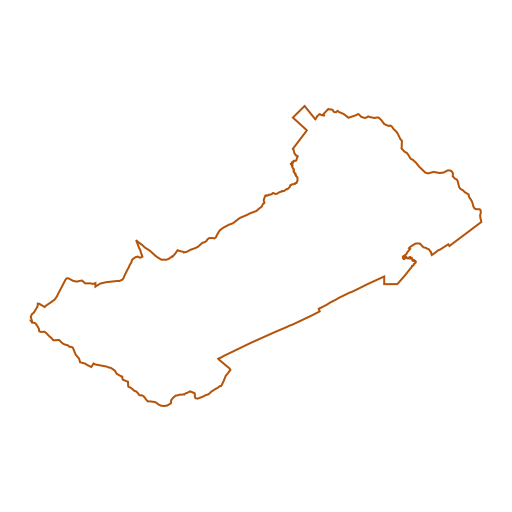 Boroaia, Suceava, Romania (Albers equal-area conic projection)
{"feature_id": "2599482B11697107699974", "entity_name": "Boroaia", "entity_type": "district", "adm_level": 2, "iso_a3": "ROU", "parent_name": "Romania", "parent_adm1": "Suceava", "projection": "albers", "projection_center": [26.298, 47.329], "detail": "fine", "context": "isolated", "style": "outline", "palette": "amber", "viewbox_px": 512, "rotation_deg": 0, "n_neighbors": 0, "source": "geoboundaries", "source_scale": "gbopen_adm2", "svg_char_len": 6054}
<svg xmlns="http://www.w3.org/2000/svg" viewBox="0 0 512 512"><path d="M397.9,283.5L404.7,275.7L411.0,267.8L412.0,266.5L412.1,265.8L413.4,265.5L414.1,263.8L414.8,263.5L415.2,262.6L415.7,262.5L415.8,261.5L414.3,260.1L414.1,260.1L413.8,260.9L413.5,261.0L412.4,260.6L412.5,259.3L412.0,258.7L411.8,257.9L411.4,257.9L411.0,258.5L410.5,258.5L410.5,257.6L410.2,257.0L409.6,257.1L409.3,257.3L409.4,258.1L409.1,258.5L408.3,258.2L407.5,258.4L406.2,256.9L405.7,256.8L405.8,257.9L405.5,258.0L405.0,257.9L404.7,258.7L404.1,259.1L403.7,259.1L402.9,257.8L402.9,256.6L406.2,254.3L407.5,252.0L410.1,248.9L409.0,248.1L410.5,246.7L415.4,243.6L417.9,243.4L420.1,243.7L422.3,246.2L423.7,247.4L426.0,247.9L426.7,248.5L429.0,249.4L430.0,251.0L431.1,252.2L431.2,253.4L431.8,255.0L434.9,252.9L438.0,250.4L440.2,249.5L448.3,244.3L449.4,246.0L481.3,222.0L481.1,220.4L480.5,218.5L480.1,215.5L480.8,212.6L480.6,210.2L479.7,209.3L475.6,209.1L474.2,208.0L473.3,206.3L472.6,203.3L471.6,200.8L469.0,196.8L468.6,194.4L464.8,192.2L462.7,190.1L460.6,189.1L459.2,187.2L457.5,180.6L456.9,179.6L454.7,178.5L453.7,177.2L452.7,176.3L453.0,173.9L452.8,173.1L451.6,171.2L449.7,170.4L447.7,170.4L443.5,172.6L439.4,173.0L433.5,171.9L428.3,173.4L425.4,172.7L419.1,166.6L415.9,162.6L412.8,159.8L410.5,158.6L408.7,155.5L407.0,153.1L404.3,151.5L401.5,148.4L401.7,147.2L401.9,140.8L400.3,139.0L397.6,133.4L396.0,131.3L393.6,129.1L391.8,126.5L390.2,125.5L388.7,126.0L384.3,124.1L381.4,120.2L378.7,117.6L376.8,117.5L374.8,118.0L370.4,117.2L368.2,116.4L366.7,117.4L364.8,118.0L361.3,116.9L359.0,114.5L358.4,114.2L357.7,114.2L356.1,115.2L348.4,117.8L347.4,116.7L346.2,116.0L343.7,114.0L338.9,112.0L338.0,111.1L337.5,110.9L336.1,112.2L334.3,112.1L333.8,111.8L333.3,111.2L333.0,110.3L332.2,109.7L330.7,109.4L329.4,109.5L328.3,109.0L323.2,114.4L324.1,115.4L323.9,115.6L321.5,115.1L319.7,114.1L317.1,116.3L315.7,118.9L315.3,119.3L304.6,106.0L292.9,117.6L306.2,129.7L306.8,130.5L292.8,148.9L293.6,149.8L293.8,151.1L294.5,153.4L295.8,155.0L295.8,155.4L297.7,156.1L297.6,156.8L296.9,158.0L296.3,160.4L295.5,160.9L293.6,160.8L293.3,161.8L292.8,162.0L293.0,162.4L293.0,162.8L292.6,163.1L292.3,162.6L292.1,162.6L292.2,163.1L291.7,163.2L291.5,163.5L291.3,163.4L290.8,163.8L290.8,164.0L290.9,164.3L291.4,164.5L291.7,165.0L292.0,164.9L292.4,165.1L292.2,165.4L292.2,165.7L292.4,165.9L292.2,166.3L292.4,166.6L292.2,166.9L292.7,168.0L293.6,168.8L293.8,169.2L293.4,169.8L293.9,170.5L293.6,171.0L293.8,171.5L293.7,171.8L294.4,172.3L294.7,173.4L295.4,173.5L295.5,173.9L295.3,174.6L295.9,174.9L296.0,176.0L296.6,176.4L297.5,177.6L297.4,179.0L297.6,180.4L296.9,181.8L296.7,182.6L296.2,182.7L296.1,183.1L295.3,183.2L295.1,183.8L294.7,183.9L294.0,183.8L293.5,184.2L291.9,184.4L291.2,185.0L290.2,185.3L289.8,186.9L287.9,188.8L287.4,189.2L286.9,189.0L286.2,189.4L284.0,191.0L283.0,191.0L282.3,191.4L281.7,191.1L281.1,191.7L279.4,192.2L277.2,193.6L276.1,193.9L274.8,193.9L274.2,193.4L273.1,193.0L272.8,193.1L271.7,194.2L271.1,194.3L270.1,194.8L268.9,194.7L267.6,195.6L266.9,195.7L266.8,195.3L265.4,195.5L264.2,198.5L263.7,200.3L264.4,202.8L264.0,203.4L263.4,203.5L262.9,204.1L261.5,206.9L260.5,207.5L257.5,209.9L257.2,210.4L256.1,211.1L250.1,213.3L246.6,215.1L240.6,217.6L239.2,218.4L233.3,223.0L231.9,223.7L229.4,224.5L224.2,227.2L221.7,228.8L219.5,230.7L216.7,235.4L216.3,236.7L215.5,237.7L214.4,238.4L212.2,238.0L209.4,238.1L208.8,238.3L207.3,239.5L206.7,240.6L206.1,241.3L204.3,242.3L202.8,242.7L202.2,243.0L197.8,246.9L194.8,248.3L190.6,249.7L186.8,251.8L184.1,252.4L184.1,252.1L183.5,251.9L178.6,250.7L177.6,250.2L175.0,253.9L172.5,256.7L172.1,256.4L168.8,258.8L167.3,259.4L165.6,259.8L163.2,259.6L161.4,259.7L157.2,257.1L155.1,255.5L149.9,250.7L144.7,247.4L142.5,245.2L138.2,242.1L136.1,240.1L139.2,248.3L140.2,249.8L141.0,252.9L141.8,254.8L142.4,256.7L140.2,257.7L139.4,257.5L138.2,256.7L137.5,256.6L135.3,257.3L133.0,258.9L132.3,259.7L131.7,261.0L131.4,262.3L129.7,265.0L129.3,266.2L128.9,266.8L128.7,267.7L127.9,268.8L125.0,274.5L123.5,278.1L122.5,279.6L119.4,281.0L117.8,280.9L106.1,282.2L100.2,283.6L95.4,286.6L95.4,283.1L94.1,283.7L92.3,283.8L89.8,283.3L85.3,283.4L81.9,280.5L76.7,281.6L73.2,280.9L68.6,278.4L67.0,278.2L65.6,279.5L58.2,293.7L56.8,296.6L54.5,299.7L52.1,301.5L45.8,305.8L44.7,307.0L39.1,303.7L37.8,303.6L37.6,306.1L37.0,307.4L33.7,312.8L32.0,314.0L30.7,316.8L32.3,322.0L31.4,321.6L32.1,322.7L34.5,322.8L35.7,323.6L37.9,326.9L38.7,328.4L39.0,329.3L39.0,330.4L39.5,331.5L40.9,331.9L44.7,331.8L46.8,333.6L48.9,335.9L51.3,337.9L53.1,340.0L53.4,340.2L54.5,340.3L58.3,340.0L59.2,340.1L61.6,342.5L62.9,343.5L64.6,344.5L67.9,345.3L69.4,346.8L71.3,346.8L72.7,347.6L73.6,349.5L75.7,354.7L79.1,358.7L80.1,362.3L84.9,363.5L87.6,365.2L91.3,367.0L93.6,363.5L95.4,364.5L106.3,366.5L109.1,367.6L109.9,367.6L111.2,368.1L114.7,370.5L116.9,374.0L117.7,374.3L120.0,375.7L120.7,375.9L121.4,376.5L122.2,376.5L122.3,376.7L122.4,378.6L122.6,379.2L123.1,379.8L128.0,381.8L128.2,386.2L128.4,386.7L129.1,387.1L130.5,387.6L132.8,389.4L134.0,390.6L136.2,391.5L137.6,392.8L139.3,395.1L140.1,395.4L141.4,395.2L143.5,396.1L145.0,397.9L145.7,399.1L147.7,401.3L151.1,401.5L155.1,402.1L155.9,402.5L158.7,404.6L160.9,405.6L162.6,405.9L164.7,406.0L166.3,405.6L167.1,405.6L170.9,403.3L171.1,402.2L171.0,401.4L171.2,400.2L172.7,398.2L175.1,396.1L175.8,395.6L177.9,395.3L179.5,394.7L181.8,394.7L183.4,394.3L184.1,394.6L185.7,393.3L187.1,392.9L190.1,391.3L190.6,391.4L191.1,392.0L192.6,392.2L193.1,392.8L194.5,393.1L195.0,394.5L194.8,395.2L194.8,396.7L195.3,397.9L196.0,398.4L197.7,398.6L202.3,396.9L205.8,395.1L208.5,394.3L211.4,391.6L215.0,389.3L215.7,388.8L216.5,388.5L218.3,387.4L219.6,386.2L221.2,386.0L223.5,381.4L225.8,375.7L227.1,374.3L229.2,371.4L230.4,370.0L230.2,369.4L228.6,367.5L227.9,367.1L218.6,359.3L218.2,358.7L221.5,357.3L223.4,356.1L250.7,342.9L274.6,332.2L287.5,326.7L289.1,325.8L292.5,324.6L312.5,315.1L319.7,311.4L318.7,308.8L326.5,304.9L330.4,302.4L335.2,300.0L339.2,297.7L349.4,292.7L351.8,291.9L357.6,289.1L368.2,283.8L384.2,276.5L384.2,284.1L397.1,284.1L397.9,283.5Z" fill="none" stroke="#b45309" stroke-width="2"/></svg>